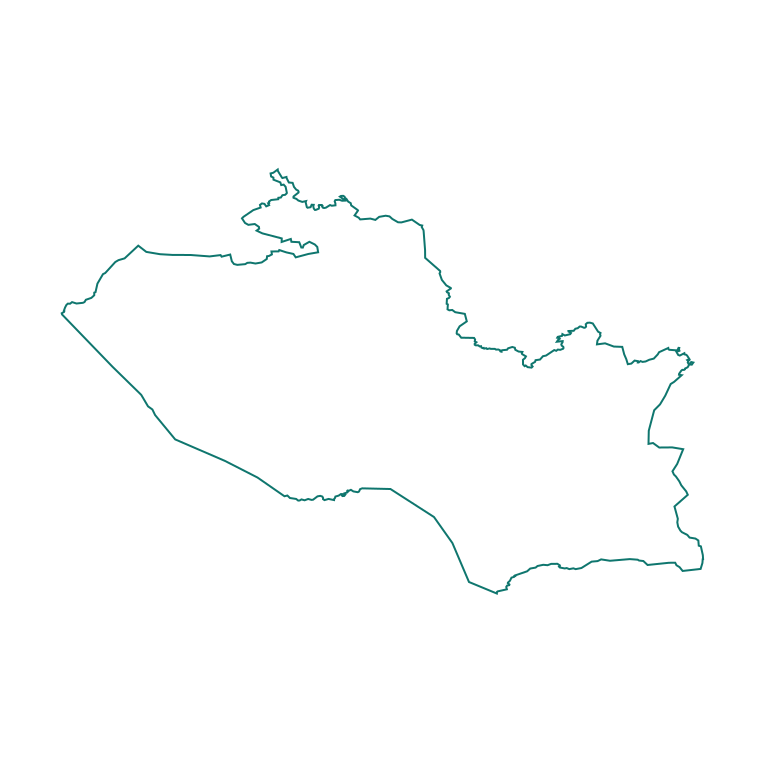 the district of Medumu pag., Daugavpils, Latvia, rotated 352°
{"feature_id": "27541924B97158301114039", "entity_name": "Medumu pag.", "entity_type": "district", "adm_level": 2, "iso_a3": "LVA", "parent_name": "Latvia", "parent_adm1": "Daugavpils", "projection": "equal_earth", "projection_center": [26.374, 55.776], "detail": "fine", "context": "isolated", "style": "outline", "palette": "teal", "viewbox_px": 768, "rotation_deg": 352, "n_neighbors": 0, "source": "geoboundaries", "source_scale": "gbopen_adm2", "svg_char_len": 6153}
<svg xmlns="http://www.w3.org/2000/svg" viewBox="0 0 768 768"><g transform="rotate(352 384 384)"><path d="M599.2,353.1L596.4,351.9L593.9,351.7L592.1,352.9L592.1,355.3L591.1,356.1L590.0,356.2L587.1,354.5L585.8,354.3L583.6,355.7L581.2,355.9L579.3,357.7L574.0,357.2L574.0,357.7L576.3,359.5L575.3,360.6L569.8,361.1L567.6,359.4L567.0,361.1L562.6,361.5L562.0,362.3L564.1,363.0L564.4,363.6L562.5,364.6L561.1,366.2L566.9,366.4L566.7,367.4L565.1,369.4L565.3,370.7L566.7,372.1L566.8,373.3L566.3,374.0L563.3,374.7L560.9,374.1L559.2,375.1L557.3,374.1L548.4,378.4L545.3,378.6L541.9,381.5L537.4,381.5L536.7,383.1L532.9,384.7L532.6,385.7L533.6,387.4L532.4,388.3L528.6,387.3L526.9,385.4L525.7,385.9L524.4,384.0L525.0,379.3L527.2,378.0L528.4,376.4L525.0,373.7L524.7,372.8L525.5,371.5L521.8,370.6L518.8,368.4L518.6,366.3L516.2,365.2L511.9,365.9L510.6,367.2L505.6,367.0L505.0,367.6L504.9,368.4L504.5,368.3L503.7,367.8L503.8,366.9L502.2,365.8L499.7,365.5L498.6,364.6L494.7,364.1L493.6,363.5L491.0,363.7L490.3,362.8L488.1,362.9L487.8,362.1L486.7,362.2L485.6,361.5L485.4,360.1L483.9,360.1L482.8,358.9L480.0,358.4L479.3,357.7L479.4,356.8L481.3,355.5L479.8,354.4L480.4,352.6L479.6,350.9L466.9,348.9L464.9,345.4L463.4,344.9L463.0,344.0L463.6,341.6L466.9,337.4L474.7,333.5L473.8,325.8L464.5,322.8L461.9,320.2L458.9,320.1L457.3,318.9L458.3,314.1L457.2,313.3L458.2,308.4L460.2,307.9L461.4,306.8L460.5,304.7L460.9,303.2L459.2,301.9L458.9,301.0L463.5,298.7L463.5,298.2L459.4,295.0L455.8,289.0L454.4,282.2L455.3,281.0L455.3,279.9L442.3,264.8L443.3,257.2L444.5,238.3L444.5,237.1L443.2,233.8L443.9,232.4L441.5,231.5L434.5,225.1L423.7,226.4L420.4,225.8L415.2,221.7L412.8,218.8L409.1,217.6L402.5,217.8L398.3,220.3L393.5,218.3L383.3,217.7L382.1,215.8L378.3,213.0L382.4,208.6L382.2,208.1L376.4,202.6L376.2,200.3L373.9,198.4L372.6,195.6L371.3,194.2L371.0,193.0L369.8,192.0L367.6,191.8L366.4,192.3L369.4,195.2L370.9,195.7L371.2,197.0L368.0,196.7L365.3,195.3L361.4,195.1L360.6,196.2L361.0,198.4L360.8,200.3L357.1,200.2L355.5,199.3L351.0,201.3L349.1,201.4L347.9,200.8L347.3,199.3L347.9,199.0L347.4,198.1L344.5,197.7L344.1,198.2L344.4,199.9L343.8,201.3L340.7,202.1L339.8,202.0L338.9,200.5L338.7,198.3L339.3,196.8L337.3,196.4L335.9,198.7L332.8,198.8L332.2,198.1L331.7,193.1L332.3,192.0L328.4,192.3L324.7,190.4L323.0,188.5L320.3,187.0L320.3,186.2L320.7,185.6L326.0,182.5L326.2,181.8L325.9,180.6L324.1,179.3L322.3,176.3L321.5,172.1L317.8,171.2L316.2,166.5L316.2,165.4L312.1,165.9L311.7,165.5L308.6,158.4L308.6,156.8L303.8,159.4L301.0,159.7L301.1,162.8L303.2,164.2L303.0,166.3L309.4,169.9L309.9,172.7L312.4,172.6L314.0,175.0L314.4,181.3L314.0,181.8L312.4,182.9L309.7,182.9L307.8,185.0L305.3,184.9L305.0,186.3L297.9,186.1L295.5,187.3L295.5,188.8L294.4,188.9L295.1,190.9L292.1,191.7L290.7,189.0L288.3,188.2L286.1,189.4L286.4,192.1L278.8,193.6L268.1,198.9L266.4,200.2L268.8,205.2L271.8,207.5L278.3,207.6L282.0,211.0L282.0,212.8L279.2,214.4L284.5,217.9L303.0,225.6L302.4,229.1L311.9,227.4L312.1,230.3L319.8,231.8L321.1,237.3L322.6,237.6L323.9,235.2L329.9,232.8L334.9,236.2L337.0,239.0L337.1,244.4L327.2,244.7L314.2,246.3L312.4,242.6L305.7,240.1L298.9,236.8L298.1,238.0L291.0,237.1L291.0,240.1L287.9,241.2L286.0,241.2L285.3,243.9L279.8,246.6L273.5,246.8L268.6,245.2L265.5,245.0L263.3,246.0L255.3,245.6L252.1,244.3L250.4,241.3L249.7,234.4L240.9,235.3L240.1,233.6L229.1,233.4L210.3,229.3L192.8,226.8L180.3,224.3L167.0,220.1L159.9,212.8L144.6,223.5L138.3,224.4L134.9,225.8L123.4,235.3L121.0,236.1L114.2,244.7L111.1,252.9L109.8,253.2L109.4,255.8L106.2,258.0L100.5,259.1L98.8,261.2L97.2,261.7L90.7,261.5L86.5,259.5L84.3,260.8L82.1,260.4L80.5,261.5L78.8,263.9L77.2,266.9L77.6,267.3L77.2,268.1L74.7,269.1L74.9,270.4L117.6,329.2L142.1,361.0L147.2,373.3L151.1,377.0L153.0,382.9L169.5,409.8L215.9,438.1L245.7,459.0L269.8,481.3L272.8,481.0L275.0,483.8L281.0,485.6L282.8,487.5L284.3,487.6L286.2,486.8L289.2,488.1L292.9,487.3L296.2,488.7L297.7,488.7L302.5,486.0L305.3,485.9L307.3,486.9L307.8,488.3L307.6,489.5L308.9,490.7L313.1,490.1L318.4,492.0L318.7,490.8L319.5,490.2L320.2,488.7L323.6,488.2L326.0,487.0L327.1,487.2L326.8,488.5L327.3,489.2L329.1,489.3L330.2,488.2L329.1,487.6L329.3,486.8L332.5,486.3L333.3,485.6L332.7,484.8L333.1,484.4L334.5,484.8L336.5,484.2L338.7,486.1L343.0,487.5L344.3,487.0L345.7,484.8L347.9,484.3L375.8,488.9L415.0,522.7L429.6,551.0L440.6,591.9L466.6,607.2L467.0,605.6L467.6,605.2L477.1,604.4L476.8,602.0L477.8,600.8L480.0,600.6L480.3,600.0L478.9,598.4L479.1,597.9L481.3,596.4L483.3,593.5L485.9,593.1L486.1,592.4L487.2,592.5L487.2,591.8L499.7,589.4L503.1,587.1L508.6,586.9L510.7,585.6L516.5,585.2L520.8,586.2L524.5,585.4L530.7,586.2L532.9,588.1L532.8,588.7L531.9,589.2L532.6,590.2L537.3,591.8L539.3,591.7L541.7,593.1L545.9,592.9L548.0,594.0L553.9,593.7L564.9,588.8L570.9,589.1L574.6,587.9L583.2,590.5L603.0,591.6L610.8,593.3L612.0,594.3L616.2,595.4L619.8,599.9L641.3,600.7L647.5,601.5L648.4,604.2L651.2,606.5L653.7,610.7L671.8,611.2L674.4,605.6L675.2,601.9L675.6,601.9L675.9,597.8L675.2,588.9L673.2,587.9L673.5,582.7L670.9,580.4L665.2,578.6L663.4,575.7L658.4,572.2L657.1,570.4L655.4,566.2L655.2,561.8L656.2,558.4L654.6,545.7L669.4,536.0L668.3,532.4L664.3,525.7L662.9,521.5L660.2,516.2L658.5,514.0L657.5,510.6L663.2,504.0L671.2,490.2L660.6,486.9L647.7,485.2L642.2,479.9L637.6,480.1L639.7,467.1L647.9,447.6L654.5,442.6L660.9,434.7L667.9,423.9L671.5,422.3L680.0,416.7L677.4,415.9L677.7,414.9L680.2,412.2L681.4,411.5L683.0,411.8L684.1,411.3L684.3,410.6L687.0,409.7L688.6,407.7L688.5,407.0L691.5,407.7L693.3,405.8L691.3,405.0L689.8,406.2L688.3,406.2L687.8,405.0L688.5,403.7L687.6,402.5L689.0,402.1L689.8,402.7L690.1,402.3L688.1,398.0L687.3,397.1L685.7,396.5L685.7,395.3L680.9,397.0L679.4,396.2L677.8,392.2L678.6,391.6L680.3,392.5L681.2,392.2L680.9,390.7L681.4,389.4L680.7,389.2L679.4,391.2L678.4,391.4L671.2,389.8L670.5,389.0L670.5,387.9L660.8,390.8L659.2,392.8L654.7,396.4L650.1,396.9L646.2,398.1L643.1,398.1L641.2,397.0L639.2,398.1L638.3,398.0L638.6,396.7L635.4,395.7L631.8,398.2L628.2,398.3L627.4,393.2L626.0,388.1L625.1,380.4L616.8,378.9L608.6,374.5L600.4,374.4L601.4,370.8L605.1,366.4L604.9,364.7L605.5,363.6L603.3,362.0L599.2,353.1Z" fill="none" stroke="#0f766e" stroke-width="2"/></g></svg>